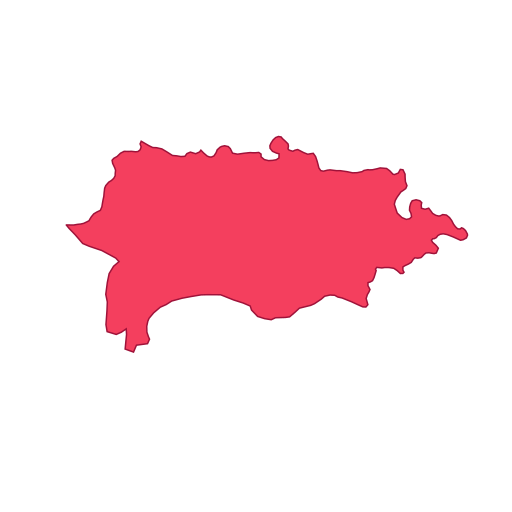 Yelʹsk, Gomel, Belarus (Robinson projection), rotated 23°
{"feature_id": "67162791B11100068414031", "entity_name": "Yelʹsk", "entity_type": "district", "adm_level": 2, "iso_a3": "BLR", "parent_name": "Belarus", "parent_adm1": "Gomel", "projection": "robinson", "projection_center": [28.959, 51.665], "detail": "fine", "context": "isolated", "style": "filled", "palette": "rose", "viewbox_px": 512, "rotation_deg": 23, "n_neighbors": 0, "source": "geoboundaries", "source_scale": "gbopen_adm2", "svg_char_len": 3718}
<svg xmlns="http://www.w3.org/2000/svg" viewBox="0 0 512 512"><g transform="rotate(23 256 256)"><path d="M69.3,301.6L73.3,303.7L81.5,307.2L91.6,312.2L98.6,312.2L111.9,311.2L127.7,312.7L132.1,314.7L128.9,321.1L127.7,329.6L129.5,338.5L132.7,350.0L137.1,356.4L140.3,364.9L144.7,377.8L148.5,383.8L158.0,382.8L161.8,378.8L165.0,373.8L167.5,378.8L170.0,386.8L171.9,392.8L180.8,392.3L180.8,384.8L190.4,379.1L190.5,374.2L188.6,372.4L185.3,368.7L182.9,363.4L181.9,358.3L181.9,355.1L184.0,348.3L187.9,340.5L192.3,335.8L196.0,330.4L204.5,323.7L212.2,318.6L220.7,313.2L226.4,310.6L238.6,305.5L252.7,305.2L262.5,304.3L270.2,304.3L273.0,307.5L281.1,311.0L288.4,310.3L294.9,308.7L298.1,305.2L307.0,301.1L310.7,298.9L313.9,292.5L316.3,287.1L319.6,284.6L325.6,280.1L328.5,277.0L332.9,270.3L334.9,266.2L339.4,263.0L343.8,261.4L347.3,261.8L351.7,261.0L361.8,260.8L368.3,261.0L374.2,261.1L377.1,260.0L378.0,257.1L376.0,254.6L374.0,252.1L373.6,248.0L374.0,245.0L374.0,242.3L370.6,239.5L369.5,236.7L371.3,235.3L372.9,233.2L373.1,229.8L372.7,225.9L372.3,222.5L371.1,221.4L371.6,219.3L376.5,217.8L379.0,216.3L383.1,214.6L387.6,213.5L391.7,214.3L395.7,215.7L398.0,214.7L398.6,213.1L396.8,211.7L395.5,208.8L396.6,207.0L399.5,203.8L401.4,201.2L402.1,197.4L402.9,195.6L405.7,194.8L408.4,193.1L409.0,192.0L410.2,188.7L411.3,186.8L414.0,185.4L416.3,184.9L419.0,184.2L420.8,182.8L420.8,181.0L420.8,177.6L417.4,175.8L413.2,174.4L411.3,172.9L411.9,171.1L413.2,170.5L414.8,168.6L415.4,166.1L417.1,164.0L419.7,162.4L423.6,161.6L430.2,161.4L438.1,161.6L440.3,160.1L442.6,157.2L442.6,154.2L441.9,153.1L438.9,150.7L436.2,149.7L434.2,149.7L433.3,151.4L431.0,152.2L428.1,151.1L425.4,149.5L422.3,146.9L419.1,145.0L415.3,143.9L411.7,144.9L409.9,147.0L408.7,147.8L405.6,148.3L401.9,147.8L399.3,146.2L396.3,144.5L393.4,146.9L389.7,147.4L388.2,144.6L387.7,142.1L385.2,141.1L381.4,141.7L378.2,144.1L377.8,147.0L378.3,150.7L379.4,153.9L382.1,156.3L383.9,159.2L382.8,161.7L380.0,163.6L375.3,163.6L369.2,161.3L366.1,157.8L363.1,154.3L362.5,150.5L362.9,146.7L364.3,140.5L365.8,138.2L367.5,135.4L367.5,132.3L364.5,129.2L362.5,125.3L361.2,122.4L357.6,119.2L355.0,119.9L354.6,124.0L351.7,126.9L350.1,127.2L345.8,125.3L342.0,124.4L335.9,126.4L333.2,128.5L329.5,131.1L326.8,132.4L325.3,132.8L321.9,135.1L320.7,136.9L316.5,139.8L312.4,141.7L306.8,142.8L300.0,144.6L296.8,146.0L290.5,147.8L288.2,149.1L284.9,151.6L282.2,152.1L279.5,150.4L277.4,147.6L275.2,144.8L272.0,141.2L268.6,139.1L266.6,140.3L263.9,142.1L259.4,142.2L252.8,141.7L250.5,143.4L249.0,145.2L245.2,145.6L243.6,144.9L242.9,142.1L241.7,140.3L237.7,138.7L234.5,137.6L232.7,136.6L230.0,137.2L227.8,139.3L226.4,142.4L225.7,146.4L225.7,149.1L226.9,151.4L230.3,153.2L234.6,153.3L237.3,152.9L238.8,156.8L237.0,159.5L233.9,161.5L230.3,163.3L226.0,164.0L221.9,162.7L220.8,160.2L218.1,159.6L215.1,161.2L212.5,162.3L210.2,163.1L204.8,166.1L199.2,169.5L194.2,170.5L190.4,167.2L187.7,166.1L184.0,166.8L181.5,168.6L180.4,169.9L178.8,173.4L178.9,176.4L178.2,180.3L176.2,182.4L174.4,183.0L172.1,183.1L167.4,181.6L163.9,180.1L163.4,182.3L160.5,185.4L155.0,186.0L152.4,188.7L151.6,192.0L148.0,193.8L143.8,194.8L139.8,196.1L133.3,195.0L127.5,194.2L122.0,195.2L118.6,196.5L114.4,196.3L108.7,195.6L105.5,195.2L105.5,198.1L107.6,200.4L107.9,203.4L106.6,205.9L104.5,207.1L100.5,208.3L97.7,209.6L93.7,211.2L91.1,214.3L89.3,218.6L86.9,221.7L86.1,224.1L87.9,226.8L91.6,230.1L93.2,231.9L94.2,235.2L95.0,237.1L94.7,240.1L93.4,243.0L91.6,245.5L90.2,249.8L90.2,252.7L91.5,257.2L92.6,260.5L93.3,264.2L94.1,267.7L94.9,270.9L94.9,274.8L92.3,277.7L90.2,280.6L89.1,284.3L88.7,286.8L88.5,288.8L87.0,290.6L84.6,293.3L82.1,295.1L79.2,296.7L76.1,298.7L70.8,300.9L69.3,301.5L69.3,301.6Z" fill="#f43f5e" stroke="#9f1239" stroke-width="1.5"/></g></svg>